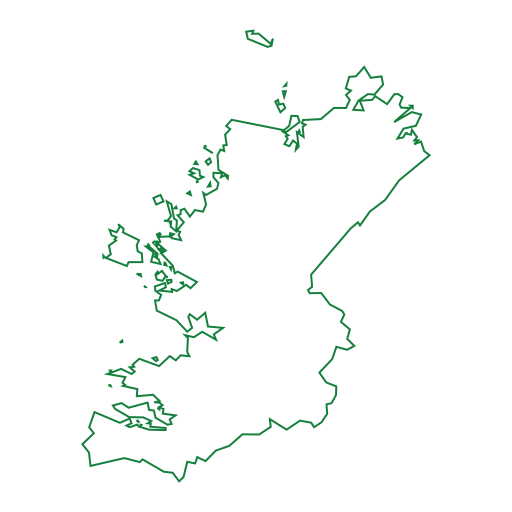 the district of Glenties Lea-6, Donegal, Ireland
{"feature_id": "5873133B25090004397750", "entity_name": "Glenties Lea-6", "entity_type": "district", "adm_level": 2, "iso_a3": "IRL", "parent_name": "Ireland", "parent_adm1": "Donegal", "projection": "orthographic", "projection_center": [-8.325, 54.982], "detail": "fine", "context": "isolated", "style": "outline", "palette": "green", "viewbox_px": 512, "rotation_deg": 0, "n_neighbors": 0, "source": "geoboundaries", "source_scale": "gbopen_adm2", "svg_char_len": 6109}
<svg xmlns="http://www.w3.org/2000/svg" viewBox="0 0 512 512"><path d="M421.0,141.6L414.2,144.3L418.1,140.3L414.3,140.5L417.0,137.1L411.9,129.9L411.0,134.7L405.5,133.5L403.2,137.4L397.5,138.6L403.5,128.6L415.9,125.8L421.2,114.5L411.8,112.1L394.1,122.1L410.4,108.0L401.2,107.7L399.6,104.6L402.5,97.2L398.2,94.1L394.4,94.1L387.1,104.1L375.3,96.2L372.0,99.9L359.8,100.7L363.6,110.4L353.3,109.8L358.5,100.6L367.9,94.1L374.5,94.6L383.1,84.5L381.5,76.4L370.8,77.8L364.2,67.0L356.0,76.3L349.2,76.9L345.8,88.5L350.9,90.6L346.0,95.0L349.8,99.9L346.0,108.0L334.0,107.9L320.9,119.1L303.0,120.0L302.0,123.3L305.5,124.7L302.7,126.8L303.6,137.0L296.9,132.2L298.7,146.6L295.8,149.8L297.0,143.6L293.0,140.5L289.4,146.2L284.4,144.1L287.7,138.7L285.8,136.2L288.3,135.3L281.5,130.6L286.1,132.1L299.7,122.0L297.6,116.1L291.4,115.8L289.2,125.9L283.9,130.2L231.7,119.8L226.2,126.0L230.2,129.1L225.1,134.7L226.7,145.0L223.3,145.4L224.2,151.0L220.5,149.5L217.5,155.2L218.5,169.9L228.1,175.8L227.7,178.6L225.3,175.3L220.9,177.2L222.2,173.2L213.5,172.8L213.4,177.2L218.5,183.1L217.0,188.8L206.0,195.0L203.3,192.9L206.1,204.6L202.9,211.7L195.0,210.0L189.9,216.6L184.4,208.7L180.6,210.2L180.6,214.2L177.6,215.3L183.8,222.3L176.9,230.5L180.1,231.9L178.6,234.9L181.1,240.2L172.0,238.2L170.2,236.8L173.8,234.2L170.2,233.2L169.6,236.4L158.5,236.9L160.1,241.9L157.0,242.9L165.8,250.6L161.1,253.3L172.8,265.7L174.8,273.3L177.6,271.6L196.9,282.0L190.5,288.2L186.1,284.8L176.9,291.0L171.7,289.1L172.1,291.9L159.3,290.5L165.9,287.3L165.0,283.0L154.8,286.5L155.4,290.9L161.2,294.9L158.9,300.4L155.1,300.5L156.7,310.6L176.4,320.2L187.2,331.7L192.1,327.9L188.3,316.9L189.8,314.2L197.1,319.7L205.2,312.8L208.0,326.5L223.0,327.9L213.8,334.4L216.0,339.7L202.2,331.8L193.9,337.2L185.1,335.2L187.9,338.0L187.2,351.9L189.4,356.2L180.7,355.3L175.8,360.3L169.7,356.1L159.1,366.1L139.3,358.8L132.6,364.7L134.1,366.7L129.7,367.3L134.7,371.5L131.6,374.0L121.1,368.9L107.4,374.0L125.4,377.1L122.5,382.8L125.0,384.8L123.0,385.9L137.4,389.1L136.8,396.2L153.1,394.8L159.6,401.0L154.2,402.4L158.2,402.4L160.5,403.4L162.5,405.2L159.1,407.1L163.5,409.1L162.8,413.6L175.6,415.4L169.7,419.4L171.6,423.9L167.5,424.7L155.5,417.7L153.9,410.5L149.0,409.9L147.6,402.6L128.7,407.7L121.5,403.1L112.9,405.5L115.2,409.0L129.2,417.1L143.3,417.4L151.2,421.0L147.7,423.3L150.7,423.5L150.3,426.7L165.7,428.0L165.6,430.1L149.1,429.7L138.7,426.5L137.2,424.6L129.9,427.2L126.5,425.6L131.5,423.3L129.7,418.5L119.9,422.8L94.5,412.1L89.2,427.2L93.8,433.3L82.4,444.2L89.0,452.6L90.5,465.9L124.3,458.1L139.8,462.1L142.6,459.4L163.8,471.7L172.8,472.8L179.1,481.3L183.5,477.1L187.3,461.8L195.1,463.4L197.3,457.1L205.5,461.1L215.8,450.6L229.4,445.8L242.4,434.3L259.2,434.5L270.7,426.9L269.9,419.2L286.6,429.6L300.1,420.6L311.2,422.7L314.1,427.2L321.5,422.3L327.2,413.8L326.5,404.4L331.6,403.1L336.0,395.1L336.3,386.4L326.2,382.4L319.4,372.6L332.2,359.1L336.4,346.8L347.1,349.8L354.3,345.9L347.2,338.9L349.9,329.4L340.9,321.9L344.3,314.5L342.2,311.0L329.9,304.5L321.2,293.0L309.7,293.2L308.0,290.0L312.1,286.8L311.1,274.7L350.8,228.3L358.0,222.3L360.0,225.5L369.8,211.6L385.1,200.0L399.1,180.4L429.6,155.2L424.2,151.1L421.0,141.6ZM105.9,257.9L126.9,266.0L128.6,262.1L142.4,262.1L141.8,253.4L137.7,251.2L136.7,245.3L139.0,240.2L123.0,232.4L123.6,228.8L118.2,224.2L119.8,226.8L116.6,232.3L109.6,229.9L111.6,235.3L116.4,237.2L114.6,239.4L116.1,240.5L108.9,245.6L110.8,254.3L105.9,257.9ZM247.8,38.8L267.6,46.9L271.5,45.8L272.9,38.6L270.7,43.9L258.6,33.6L252.1,33.8L253.3,30.7L246.2,31.7L247.8,38.8ZM166.8,201.4L171.0,216.2L167.7,220.5L163.9,220.7L171.1,221.6L170.7,226.7L176.2,231.3L176.9,220.5L174.0,218.4L171.4,204.2L166.8,201.4ZM199.5,170.1L192.8,168.1L189.5,171.2L194.1,173.3L189.6,174.8L198.3,179.5L203.3,177.1L199.9,175.7L199.5,170.1ZM156.9,279.6L162.6,280.8L165.7,276.0L162.0,270.9L155.6,275.5L156.9,279.6ZM156.2,204.5L163.5,201.4L160.5,195.0L153.4,198.0L156.2,204.5ZM152.7,255.6L151.1,261.8L160.5,264.0L158.5,259.1L152.7,255.6ZM285.2,108.0L283.3,103.7L279.0,104.5L278.0,99.9L275.3,101.6L280.4,112.3L285.2,108.0ZM211.1,162.2L209.6,158.4L205.6,161.4L208.0,164.8L211.1,162.2ZM157.3,253.5L151.8,248.8L153.4,253.9L157.3,253.5ZM210.5,151.6L203.3,147.3L212.8,153.2L210.5,151.6ZM284.2,96.9L285.9,91.2L282.8,91.3L284.2,96.9ZM157.8,360.0L156.4,357.1L152.6,358.2L156.0,361.1L157.8,360.0ZM168.0,283.6L171.6,281.9L171.3,279.8L166.9,280.1L168.0,283.6ZM210.1,182.9L207.9,186.6L210.6,186.3L210.1,182.9ZM145.8,246.5L151.9,251.3L149.4,246.5L145.8,246.5ZM140.6,274.0L136.7,273.9L141.1,276.1L140.6,274.0ZM189.9,191.5L187.3,193.3L190.9,195.0L189.9,191.5ZM156.9,234.4L157.8,236.8L160.6,234.3L159.7,233.1L156.9,234.4ZM157.2,241.5L153.3,241.6L157.5,242.2L157.2,241.5ZM162.3,250.5L157.5,248.1L160.8,251.8L162.3,250.5ZM286.4,83.8L284.5,86.1L286.3,85.7L286.4,83.8ZM410.3,105.7L412.7,108.1L412.7,105.7L410.3,105.7ZM195.8,161.5L194.4,163.9L197.4,164.2L195.8,161.5ZM122.2,340.5L119.7,342.6L122.5,342.0L122.2,340.5ZM180.9,282.8L183.0,284.4L183.4,283.9L182.9,282.2L180.9,282.8ZM156.9,246.8L157.5,244.3L154.9,244.5L156.9,246.8ZM104.7,257.2L103.4,255.6L103.5,257.8L104.7,257.2ZM166.5,265.5L165.3,262.9L164.6,262.6L164.2,264.9L166.5,265.5ZM176.1,206.7L174.3,208.3L176.7,208.3L176.1,206.7ZM299.2,130.4L298.2,132.1L299.8,131.9L299.2,130.4ZM110.3,385.1L108.4,385.3L110.8,386.2L110.3,385.1ZM155.4,254.5L157.1,256.5L157.4,255.8L155.4,254.5ZM139.3,422.5L137.7,420.5L137.2,420.9L139.3,422.5ZM149.8,246.3L148.3,244.3L147.8,245.1L149.8,246.3ZM109.7,370.6L110.6,372.2L111.1,370.5L109.7,370.6ZM196.4,180.5L197.0,182.2L197.7,181.8L196.4,180.5ZM169.9,267.1L170.9,269.2L171.2,267.0L169.9,267.1ZM166.0,276.2L167.2,277.9L166.9,276.6L166.0,276.2ZM158.3,273.1L157.6,271.7L156.3,273.3L158.3,273.1ZM140.5,424.7L140.5,425.8L141.4,425.0L140.5,424.7ZM407.0,133.4L406.5,132.1L406.6,132.9L407.0,133.4ZM159.3,409.4L159.3,407.9L158.3,408.6L159.3,409.4ZM144.1,285.7L145.2,287.2L145.7,287.1L144.1,285.7ZM170.0,222.9L170.3,223.9L170.7,222.3L170.0,222.9ZM160.8,248.4L160.3,249.3L161.5,249.3L160.8,248.4ZM205.2,145.8L204.0,146.6L205.6,146.3L205.2,145.8ZM153.2,242.5L152.3,242.4L153.6,243.2L153.2,242.5Z" fill="none" stroke="#15803d" stroke-width="2"/></svg>